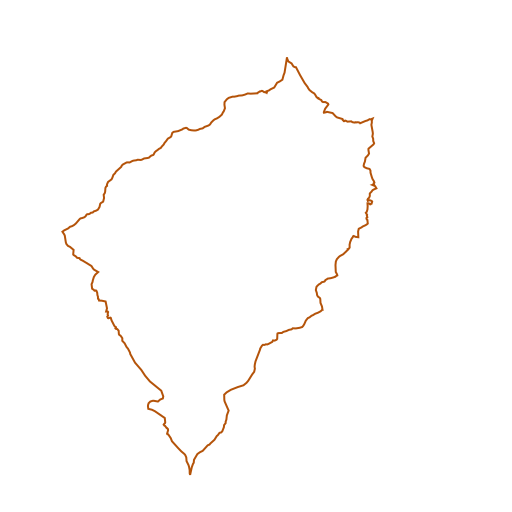 outline of Copaceni, Vâlcea, Romania, rotated 60°
{"feature_id": "2599482B17070437163052", "entity_name": "Copaceni", "entity_type": "district", "adm_level": 2, "iso_a3": "ROU", "parent_name": "Romania", "parent_adm1": "Vâlcea", "projection": "mercator", "projection_center": [23.973, 44.993], "detail": "fine", "context": "isolated", "style": "outline", "palette": "amber", "viewbox_px": 512, "rotation_deg": 60, "n_neighbors": 0, "source": "geoboundaries", "source_scale": "gbopen_adm2", "svg_char_len": 6147}
<svg xmlns="http://www.w3.org/2000/svg" viewBox="0 0 512 512"><g transform="rotate(60 256 256)"><path d="M412.6,422.5L406.9,417.3L404.6,414.6L403.9,413.3L401.5,411.6L398.2,405.8L397.9,402.7L398.1,399.6L395.9,392.8L395.8,391.9L396.1,390.7L395.5,389.1L394.4,383.9L392.3,380.0L392.1,378.7L390.9,376.0L391.4,374.3L390.9,372.8L388.2,369.4L386.5,368.2L385.5,365.8L384.4,365.2L382.8,363.4L379.4,360.9L376.2,357.0L366.3,355.9L364.8,355.4L360.2,352.9L359.4,349.6L359.3,344.6L360.4,337.3L361.7,331.5L361.1,327.7L360.2,325.2L356.6,318.4L355.4,315.5L353.0,313.3L351.2,312.6L349.4,311.3L347.0,309.1L338.9,299.1L338.3,298.7L336.7,295.8L336.4,294.4L337.3,293.0L337.4,291.6L338.2,290.5L338.4,289.1L338.5,284.8L337.6,283.5L338.6,282.2L338.8,280.1L338.4,279.1L334.1,276.4L333.8,276.0L334.1,274.9L335.6,272.1L335.4,270.7L335.5,269.8L336.2,267.2L336.4,264.5L337.3,261.9L337.0,260.3L338.6,257.8L340.0,254.1L340.6,251.5L340.1,250.0L339.1,248.2L336.9,245.2L335.7,242.2L335.9,240.3L335.5,237.8L335.7,236.4L335.6,233.6L336.1,230.8L336.2,227.8L335.9,226.2L335.4,225.4L335.6,225.2L332.7,224.1L328.9,223.6L325.3,221.8L324.2,221.7L322.0,222.7L320.3,222.6L318.4,221.8L315.4,221.2L313.0,219.1L312.5,217.8L312.0,215.5L312.1,214.1L311.6,212.2L312.3,209.8L312.3,209.2L311.5,207.8L311.6,206.6L311.4,205.3L312.6,202.3L313.4,199.1L313.4,198.2L313.7,197.7L313.4,196.7L313.5,195.3L312.5,195.0L309.7,194.9L303.6,191.7L300.7,189.6L299.2,187.6L298.2,184.6L298.0,183.2L298.1,179.6L296.5,173.1L295.9,173.1L296.0,171.7L295.5,170.7L293.0,169.3L291.0,167.5L288.8,164.6L288.1,162.8L287.5,162.2L287.5,161.4L289.2,160.2L290.9,158.0L285.8,155.3L283.8,153.4L284.0,150.2L283.8,149.0L284.1,145.7L284.0,143.9L283.8,143.0L280.5,141.5L279.7,141.8L278.5,141.5L278.2,141.2L278.1,140.2L276.2,139.7L275.9,139.2L273.5,139.3L273.1,138.0L271.4,136.2L268.7,134.4L266.1,133.1L266.7,132.0L268.4,131.3L268.5,131.0L268.2,130.5L268.5,129.8L267.0,128.2L266.1,128.3L264.5,129.7L264.2,131.6L263.1,131.4L262.4,130.4L262.1,128.9L260.9,127.4L258.9,126.3L258.5,125.5L258.1,123.9L257.3,122.2L257.3,120.5L257.6,117.9L255.0,117.9L252.6,119.7L252.9,118.0L252.0,117.9L251.8,117.7L251.8,117.0L251.7,116.8L250.3,116.5L247.5,116.6L245.4,116.2L241.2,115.2L239.3,114.2L237.7,114.1L237.2,114.3L235.4,116.2L233.7,117.4L232.5,117.9L231.7,117.7L230.1,116.3L228.7,114.5L225.7,112.0L224.8,108.7L223.8,106.9L220.3,105.6L219.3,104.9L218.1,98.4L217.4,97.3L215.1,97.0L213.0,95.9L210.7,95.5L208.6,93.7L207.1,93.0L200.1,90.5L198.4,89.0L196.6,88.0L195.3,86.3L195.0,88.4L194.3,89.2L194.3,91.7L193.8,93.7L193.1,99.4L192.8,99.4L191.7,100.1L190.6,101.7L190.4,102.7L189.8,103.1L189.7,104.0L188.3,105.6L187.0,106.2L185.4,109.6L183.5,110.8L183.3,112.4L183.0,112.6L182.3,112.4L181.6,112.9L180.6,112.6L176.5,116.5L174.9,117.2L170.5,118.2L166.6,122.5L166.6,123.2L165.9,125.5L165.4,125.4L163.0,122.4L161.0,117.6L160.1,117.4L157.4,118.9L156.2,121.0L155.1,121.6L153.6,121.5L150.7,123.4L150.4,123.5L150.2,123.1L148.9,124.1L145.8,124.1L144.3,124.3L142.2,125.5L139.0,126.7L136.7,126.9L135.5,126.8L130.5,127.4L121.2,127.4L112.5,127.0L111.9,127.9L110.5,128.8L107.0,128.9L103.7,130.7L100.6,130.3L99.4,129.8L111.5,139.6L113.2,141.7L116.5,145.0L116.7,148.3L116.5,151.1L119.2,156.0L118.9,160.1L119.1,162.0L118.6,164.7L118.9,164.9L119.6,164.6L120.0,165.1L119.3,165.3L119.3,165.8L118.4,166.5L118.2,167.0L116.3,167.9L115.8,168.6L115.7,170.0L115.4,170.3L115.5,173.0L115.8,173.4L112.8,179.4L111.1,181.9L110.7,184.9L110.0,187.7L108.5,190.7L108.1,192.5L107.1,195.3L106.3,196.6L105.4,200.6L105.7,202.9L107.0,206.3L109.2,207.7L112.5,209.0L114.8,211.9L114.9,212.5L116.5,214.9L117.2,218.2L117.3,221.1L117.0,223.4L117.2,225.0L118.0,228.0L118.9,229.7L119.2,230.7L119.2,232.1L118.5,235.9L118.8,238.4L117.9,241.0L117.8,242.9L117.2,245.3L116.4,246.8L114.7,249.2L112.9,251.1L110.6,251.9L110.0,252.5L109.3,255.2L109.5,256.5L108.9,261.0L107.3,265.3L107.5,266.9L110.0,269.6L110.3,270.5L110.3,273.7L111.5,276.3L112.4,278.8L113.3,280.2L114.1,282.9L114.8,284.4L114.7,286.5L115.0,288.2L115.2,290.4L115.6,291.9L117.0,294.0L117.1,294.7L116.7,296.4L116.9,298.0L117.3,299.3L117.0,300.7L115.6,304.1L115.5,306.7L115.2,307.8L113.5,310.3L113.2,311.9L112.3,314.0L111.9,315.4L111.8,318.7L110.7,320.4L110.3,321.3L110.2,325.6L110.6,327.1L111.4,328.1L112.9,335.1L113.9,336.8L114.4,338.9L116.5,341.4L117.4,342.8L117.9,347.1L119.5,349.3L120.8,349.9L120.9,351.1L121.8,352.4L124.9,354.5L125.9,355.5L126.8,357.3L129.8,358.6L132.2,360.9L132.5,361.2L132.6,364.0L132.9,364.8L135.3,367.0L136.8,369.7L136.8,371.8L136.3,374.1L136.7,375.7L136.0,377.4L136.3,378.9L136.1,380.0L135.4,381.3L135.6,382.4L136.2,383.3L136.5,384.4L136.6,385.5L136.2,387.6L135.7,389.2L135.8,390.1L137.8,395.8L138.2,398.1L138.2,400.3L137.7,402.5L138.2,404.9L137.9,409.4L138.2,411.5L141.5,411.3L142.7,411.4L149.2,413.9L150.8,414.2L153.2,413.8L155.1,412.5L159.5,410.9L163.2,413.5L163.9,413.5L166.1,412.3L168.2,411.8L169.6,409.9L170.5,410.0L171.5,409.7L173.4,408.4L182.4,403.5L185.4,403.4L186.8,403.1L191.0,400.7L191.8,404.5L193.1,406.9L195.5,409.5L196.8,410.6L198.2,412.5L202.2,414.2L202.8,414.2L203.8,413.5L205.3,413.2L205.6,412.8L205.7,411.9L206.5,411.6L208.4,411.9L210.6,412.9L212.2,413.2L214.0,414.2L214.8,413.8L216.1,414.2L217.6,411.9L220.2,409.0L226.8,411.2L229.2,413.6L229.4,413.3L229.4,412.6L230.1,412.1L230.6,412.1L232.2,413.6L233.6,413.9L234.1,415.1L235.6,415.3L236.1,415.0L236.5,413.0L236.9,412.7L239.6,413.3L245.5,413.6L246.5,413.5L247.4,412.9L248.2,413.1L248.5,413.9L249.1,413.7L249.9,412.7L252.0,412.3L255.1,413.8L256.1,413.8L257.1,413.2L258.4,413.0L260.4,412.9L262.6,414.2L265.9,413.4L270.0,413.6L272.3,413.2L276.6,413.4L278.0,413.9L287.9,414.1L297.3,412.3L304.2,411.9L311.6,410.6L325.3,405.4L331.2,406.5L332.8,407.9L332.4,410.7L333.0,413.7L330.2,417.0L329.7,418.0L329.2,420.3L329.8,422.6L331.1,424.0L332.1,424.7L334.5,425.7L337.1,423.0L339.8,421.2L350.7,416.0L354.7,417.8L355.2,418.3L355.4,419.3L355.9,420.3L357.2,420.1L357.6,419.7L360.4,419.4L360.5,419.1L361.9,418.8L363.0,419.3L365.5,421.9L366.1,421.8L366.6,421.2L371.1,420.9L374.4,421.4L383.3,419.5L387.8,418.4L391.7,417.0L393.1,416.8L395.6,417.1L398.9,418.7L403.4,419.0L405.1,419.4L408.2,420.5L411.1,422.1L412.6,422.5Z" fill="none" stroke="#b45309" stroke-width="2"/></g></svg>